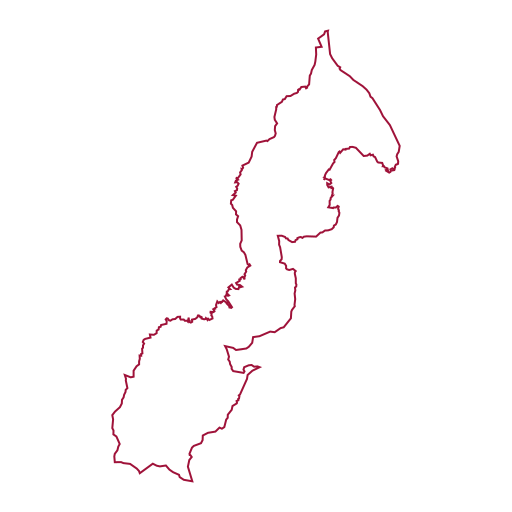 Cisnadie, Sibiu, Romania
{"feature_id": "2599482B29691354354031", "entity_name": "Cisnadie", "entity_type": "district", "adm_level": 2, "iso_a3": "ROU", "parent_name": "Romania", "parent_adm1": "Sibiu", "projection": "orthographic", "projection_center": [24.09, 45.647], "detail": "fine", "context": "isolated", "style": "outline", "palette": "rose", "viewbox_px": 512, "rotation_deg": 0, "n_neighbors": 0, "source": "geoboundaries", "source_scale": "gbopen_adm2", "svg_char_len": 6085}
<svg xmlns="http://www.w3.org/2000/svg" viewBox="0 0 512 512"><path d="M150.5,337.6L145.2,338.9L143.7,339.8L142.8,342.0L144.1,343.6L143.0,345.4L143.0,347.7L142.1,348.7L142.4,353.4L141.1,354.0L141.2,355.7L139.6,355.5L139.8,358.8L139.1,361.3L139.1,364.4L136.6,366.2L133.6,370.7L133.6,376.7L130.7,377.3L124.8,375.0L126.0,378.8L125.8,380.5L127.4,388.1L125.7,389.9L125.5,392.0L124.1,394.8L123.6,397.4L122.0,399.8L121.8,403.5L119.9,407.2L115.0,411.6L112.3,415.1L113.1,419.4L112.3,428.1L113.5,430.5L113.4,434.4L116.4,436.5L119.7,444.0L118.3,446.6L117.4,450.3L114.8,453.8L114.3,456.4L114.8,462.2L121.0,462.1L123.4,463.1L130.1,463.9L136.8,468.6L139.0,471.0L139.8,473.2L152.8,463.7L156.7,465.7L159.9,466.4L165.9,465.5L169.4,469.6L173.1,472.2L179.0,474.8L179.7,477.1L183.8,479.8L192.3,481.3L187.9,466.7L189.3,460.0L191.7,457.0L190.4,455.1L189.7,455.0L189.5,453.7L192.0,447.6L193.8,445.9L201.0,443.2L202.6,440.1L202.8,435.5L208.0,432.8L215.4,431.6L219.5,427.6L221.9,428.7L224.3,427.1L226.2,419.6L227.7,417.8L227.8,414.7L231.7,409.8L232.5,406.0L236.6,403.5L237.0,402.9L236.6,401.0L238.3,400.3L238.1,399.1L239.0,398.6L239.4,396.3L238.8,395.4L240.0,394.5L247.0,378.9L247.6,375.0L252.4,370.7L259.6,367.2L257.5,366.4L254.1,366.7L251.6,365.0L248.7,365.3L244.2,367.2L243.5,369.6L244.5,371.4L243.6,372.9L233.2,371.1L231.6,368.8L231.7,367.0L230.1,364.1L229.7,361.6L228.2,359.5L229.0,356.7L226.7,349.2L225.1,346.1L233.2,347.9L236.0,350.0L246.3,348.5L248.8,346.8L252.2,342.8L253.1,337.1L259.5,336.2L270.2,331.6L274.7,332.2L280.6,328.1L283.7,327.3L290.9,318.3L291.3,311.6L292.0,309.9L294.8,306.2L294.5,305.0L295.2,299.1L294.6,293.5L295.3,290.4L295.0,287.5L296.2,286.5L296.4,284.6L295.8,283.3L295.8,278.3L294.8,273.7L294.9,272.2L295.7,271.1L293.0,268.9L289.2,270.0L287.0,269.3L286.1,268.4L286.1,265.8L284.7,263.6L280.0,262.2L280.0,261.0L281.6,259.3L281.8,257.2L280.1,247.2L279.1,244.7L279.2,241.1L277.8,235.8L281.7,235.7L285.1,237.0L286.0,238.4L287.6,238.5L288.4,240.0L292.1,242.1L295.0,241.8L295.6,240.1L297.4,239.3L297.4,238.1L299.3,237.3L300.8,237.0L302.4,237.9L303.9,236.7L306.7,236.3L316.1,236.6L320.4,232.6L322.4,232.4L325.0,230.5L328.0,230.4L331.7,229.2L333.7,227.3L333.9,225.6L335.8,224.5L337.0,222.0L337.5,217.8L339.0,215.5L339.4,212.8L338.6,211.0L338.9,210.2L338.1,208.9L338.7,206.6L337.6,205.9L335.9,207.5L333.5,207.5L333.1,208.1L328.3,207.3L329.7,204.9L329.6,200.9L330.6,199.5L330.6,198.1L332.6,195.8L331.8,195.9L332.7,193.2L332.4,192.3L333.1,188.5L331.8,187.9L330.5,188.4L331.9,187.4L331.0,187.0L332.5,186.4L328.6,187.4L327.2,184.9L327.2,183.2L329.5,184.5L331.3,183.0L330.2,180.8L331.1,180.0L330.5,179.3L329.1,180.0L324.9,178.3L324.0,180.0L324.8,177.4L324.3,177.2L324.9,176.7L324.9,175.5L326.0,173.1L328.8,169.4L329.6,169.7L333.1,163.4L334.5,162.0L334.2,160.0L335.8,158.3L338.8,152.0L339.5,151.5L340.2,152.8L343.2,149.3L345.5,149.6L345.6,148.9L349.1,148.6L350.0,147.0L352.6,146.9L355.9,147.8L363.7,156.0L367.3,155.6L369.8,153.8L370.6,155.3L372.9,154.7L373.6,156.4L375.1,157.1L377.2,161.6L378.2,162.5L382.2,162.9L383.1,165.4L382.8,166.2L384.0,166.2L384.5,167.3L387.5,168.4L388.1,171.3L387.3,170.9L387.2,169.6L386.3,169.9L387.0,170.5L386.4,170.9L389.2,172.6L390.4,171.9L390.8,170.5L390.4,169.4L392.3,168.3L393.9,169.7L393.2,170.3L394.3,170.1L394.6,169.2L394.1,168.7L395.1,167.6L394.8,166.9L395.8,164.7L397.2,164.3L397.9,163.2L398.0,164.7L398.2,161.2L396.6,156.4L397.2,154.2L398.7,151.9L399.7,145.9L389.9,125.1L383.0,116.2L380.0,110.0L372.4,98.1L370.5,96.7L369.3,93.2L366.5,89.6L362.6,86.1L353.4,80.0L349.8,76.2L340.5,70.1L339.6,68.7L340.2,67.3L337.7,65.8L332.2,58.3L330.1,54.1L327.7,31.9L328.0,30.7L325.1,31.4L324.1,34.3L318.1,38.6L321.6,46.8L315.9,47.5L316.2,54.5L315.3,61.7L314.6,64.9L311.8,70.0L311.0,73.6L309.8,75.6L309.1,84.4L306.9,86.8L307.1,87.7L306.1,88.3L305.2,86.6L301.3,87.0L299.6,89.6L299.0,89.2L298.1,89.8L298.0,91.9L296.8,93.0L294.2,93.7L290.5,96.0L286.6,96.2L284.8,99.1L282.9,99.5L281.9,101.8L277.0,105.0L276.8,106.8L276.2,107.0L276.2,109.4L274.4,117.0L274.8,119.8L277.1,123.4L275.1,126.1L274.8,130.1L275.7,133.4L275.0,135.8L274.0,137.1L269.5,139.1L267.4,141.1L266.4,140.6L257.0,142.8L252.2,151.8L251.6,156.6L248.7,162.6L242.4,165.6L243.1,167.7L242.0,169.3L241.6,169.1L241.8,170.2L240.1,172.4L240.6,174.4L237.8,178.2L235.9,177.7L238.0,179.7L235.9,180.6L235.2,182.4L237.2,182.2L238.6,183.7L237.6,185.8L236.2,186.8L237.2,188.5L236.9,190.2L234.9,191.1L235.7,192.6L232.9,195.1L235.8,195.7L232.8,199.8L231.2,200.3L230.9,203.7L232.2,205.0L232.9,207.8L236.1,211.3L236.0,214.4L238.1,216.2L237.0,219.5L237.0,222.1L240.2,225.4L241.5,229.9L241.7,240.4L240.2,243.8L240.3,246.9L241.7,250.6L243.9,252.3L245.4,254.9L247.6,264.1L248.6,264.9L249.5,264.3L250.3,265.6L247.3,267.5L245.8,270.2L246.2,271.6L244.5,274.2L245.2,275.4L244.4,277.5L244.6,279.4L242.8,276.7L242.2,276.9L240.5,278.2L240.6,279.2L239.3,279.5L239.7,280.8L236.1,283.0L237.1,284.6L240.1,285.1L242.1,286.7L239.6,287.4L239.1,286.8L238.4,289.1L235.7,288.9L233.7,287.6L231.8,284.6L228.4,287.4L230.1,289.1L228.9,289.2L227.6,291.5L226.8,291.6L226.7,293.1L229.0,295.4L228.0,295.8L226.3,294.8L225.6,296.3L224.9,296.5L226.2,299.2L228.2,301.3L232.0,307.2L231.2,307.9L229.7,307.2L229.3,308.4L229.6,307.2L228.9,305.7L226.8,303.6L227.4,303.1L223.2,300.4L222.2,301.9L221.3,301.8L221.0,300.9L221.2,302.5L220.8,303.0L219.8,302.1L218.7,303.0L217.3,301.4L216.0,305.1L216.5,307.1L214.5,308.4L214.8,308.8L213.3,309.3L214.5,311.2L213.5,312.1L210.6,311.8L210.5,312.7L211.7,313.6L211.3,315.4L212.2,316.4L212.5,318.5L209.3,320.0L208.3,318.9L207.5,319.9L206.7,318.0L206.7,318.9L205.9,318.1L205.5,319.0L204.2,319.3L201.7,318.6L201.7,317.2L200.6,316.6L200.2,317.1L198.8,315.4L197.9,315.5L197.4,317.2L195.3,318.9L192.0,319.6L192.2,321.8L190.8,322.6L189.1,321.8L189.6,320.8L188.9,320.2L188.7,317.6L187.8,321.5L187.1,320.7L184.9,320.8L183.7,319.5L180.7,319.5L180.1,318.5L180.1,316.7L177.5,316.9L175.2,319.0L172.5,319.3L170.4,320.7L169.0,320.3L167.7,318.5L166.7,318.3L165.7,319.4L166.7,321.0L166.5,323.8L161.1,325.0L160.6,326.8L158.9,327.2L158.6,329.5L156.7,330.6L156.6,333.2L153.9,334.8L149.9,334.5L150.5,337.6Z" fill="none" stroke="#9f1239" stroke-width="2"/></svg>